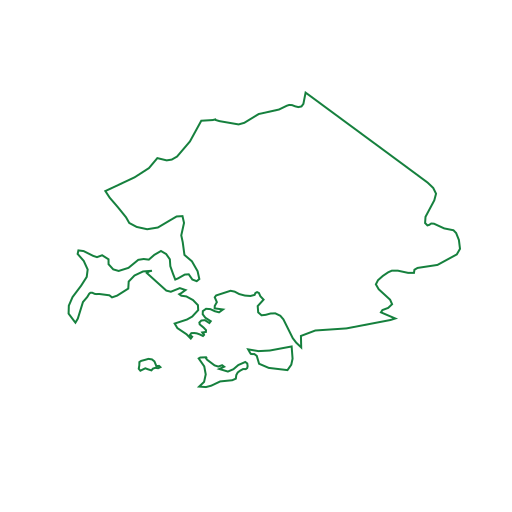 outline of Bocas del Toro, rotated 127°
{"feature_id": "PAN-1958", "entity_name": "Bocas del Toro", "entity_type": "Province", "adm_level": 1, "iso_a3": "PAN", "parent_name": "Panama", "parent_adm1": "", "projection": "natural_earth1", "projection_center": [-82.341, 9.206], "detail": "fine", "context": "isolated", "style": "outline", "palette": "green", "viewbox_px": 512, "rotation_deg": 127, "n_neighbors": 0, "source": "natural_earth", "source_scale": "10m", "svg_char_len": 3519}
<svg xmlns="http://www.w3.org/2000/svg" viewBox="0 0 512 512"><g transform="rotate(127 256 256)"><path d="M133.9,96.6L153.9,105.7L168.3,119.8L171.6,121.2L174.4,119.7L177.9,124.3L182.4,134.0L186.0,138.7L189.4,140.6L195.5,142.7L201.9,144.0L206.5,143.2L208.7,138.0L210.2,122.6L212.6,118.3L217.9,119.2L223.1,122.5L225.8,122.3L222.1,107.2L226.2,110.1L259.4,140.2L279.8,163.8L292.8,172.0L301.8,164.9L301.0,171.8L299.5,177.2L290.1,196.0L289.1,200.6L290.2,206.1L293.2,209.8L297.1,212.8L300.0,215.9L299.7,220.3L295.0,224.5L286.3,223.7L285.5,228.3L283.8,231.4L284.2,233.4L285.9,234.2L287.9,233.7L291.3,236.4L294.3,241.1L296.5,246.5L297.3,251.6L299.1,255.4L311.5,264.1L313.8,264.1L316.4,259.5L320.7,258.9L322.7,257.5L318.6,250.2L323.2,251.6L324.9,255.7L325.9,260.5L328.2,264.1L332.0,265.3L334.6,263.5L335.8,259.3L335.3,252.9L337.6,252.9L338.0,258.2L340.4,260.8L343.2,261.2L344.5,259.8L344.7,254.8L345.3,251.3L346.8,250.3L349.4,252.9L349.8,251.7L349.8,250.6L350.2,250.0L351.8,250.2L352.5,253.8L353.4,256.7L354.7,259.0L356.5,261.2L358.9,261.2L358.9,258.4L361.2,258.4L360.3,264.4L360.9,275.4L358.9,280.3L348.3,272.9L342.8,270.5L334.0,269.6L330.2,272.8L329.1,279.8L330.2,287.3L332.7,291.8L332.7,294.3L330.8,293.4L325.6,291.8L327.5,297.5L335.8,302.5L337.6,306.8L335.3,333.0L333.7,332.5L332.7,332.1L331.7,331.4L330.4,330.2L336.3,336.9L344.7,341.3L353.0,342.3L358.9,338.4L371.3,343.1L375.7,346.1L375.6,349.4L380.7,358.4L382.5,360.6L383.3,362.0L383.9,364.7L385.0,366.1L386.5,366.5L390.3,366.1L396.9,366.5L413.3,360.6L417.9,360.1L417.4,362.0L414.8,371.0L408.3,375.6L399.2,377.8L385.0,377.8L374.6,378.6L368.1,382.3L363.6,390.6L361.7,399.7L358.4,401.2L355.8,396.6L353.9,386.1L352.6,382.3L348.0,379.3L347.4,371.8L351.3,368.8L352.6,362.0L350.6,356.7L342.2,350.7L329.9,347.7L326.0,343.9L323.4,339.4L316.3,337.9L309.2,334.9L308.5,328.9L310.5,322.8L315.7,318.3L320.2,311.5L323.4,306.3L320.8,304.8L313.7,301.7L311.1,298.7L313.1,292.7L311.8,288.2L308.5,287.4L303.3,293.5L298.8,304.0L298.2,313.8L289.1,322.8L284.5,328.1L272.9,333.4L268.4,338.7L272.2,343.2L279.4,346.2L292.3,351.5L300.1,359.0L304.6,368.8L305.9,377.1L303.3,383.1L300.1,395.9L297.5,407.9L294.8,415.4L266.2,400.3L250.2,394.4L237.2,393.7L233.4,384.9L229.7,381.3L224.1,378.9L204.3,377.7L180.9,381.1L173.4,372.3L171.4,370.7L171.7,370.2L170.3,366.4L161.4,349.1L156.7,345.5L141.0,339.3L125.2,325.8L117.4,321.8L115.4,320.4L113.8,318.0L112.9,314.8L111.6,311.8L109.2,309.7L106.0,309.7L95.7,314.7L95.6,310.3L94.9,244.5L94.4,196.3L94.1,163.1L95.0,155.4L97.9,149.7L104.3,147.1L122.7,144.2L127.9,140.8L128.4,137.5L126.9,136.4L124.6,135.6L123.1,133.3L120.7,122.3L116.6,113.8L117.2,110.0L121.1,103.6L127.5,97.4L133.9,96.6ZM306.8,173.1L316.0,165.0L321.6,162.4L328.2,162.2L337.7,178.5L340.2,188.7L335.3,195.3L335.3,198.3L336.8,200.3L337.3,201.3L336.7,202.9L335.3,206.1L330.5,196.8L323.2,188.1L306.8,173.1ZM377.7,209.1L386.5,213.7L390.8,217.1L394.5,222.8L387.8,221.7L380.8,224.9L375.3,230.9L372.3,240.1L370.6,239.4L366.9,234.9L367.0,234.5L367.8,234.3L368.3,232.5L368.3,223.3L367.0,219.6L363.6,217.3L363.6,214.8L368.3,217.3L365.2,208.9L360.0,205.9L353.7,204.5L347.1,200.8L347.1,198.3L349.0,196.4L350.8,195.6L352.5,196.1L354.1,198.3L357.2,199.7L360.0,200.5L362.9,200.1L366.1,198.3L369.5,200.2L377.7,209.1ZM403.9,269.3L402.1,267.3L402.3,265.5L404.5,266.6L405.9,269.1L407.9,270.5L410.3,270.7L411.5,274.1L412.3,276.8L414.6,278.0L417.2,279.3L416.6,281.8L413.5,283.4L410.9,285.3L408.9,284.6L405.7,282.1L402.9,280.0L401.2,276.9L401.3,273.7L403.9,269.3Z" fill="none" stroke="#15803d" stroke-width="2"/></g></svg>